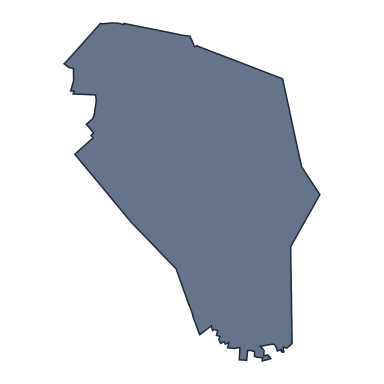 outline of Tlahualilo, Durango, Mexico
{"feature_id": "50627088B18924906437301", "entity_name": "Tlahualilo", "entity_type": "district", "adm_level": 2, "iso_a3": "MEX", "parent_name": "Mexico", "parent_adm1": "Durango", "projection": "albers", "projection_center": [-103.583, 26.292], "detail": "fine", "context": "isolated", "style": "filled", "palette": "slate", "viewbox_px": 384, "rotation_deg": 0, "n_neighbors": 0, "source": "geoboundaries", "source_scale": "gbopen_adm2", "svg_char_len": 2738}
<svg xmlns="http://www.w3.org/2000/svg" viewBox="0 0 384 384"><path d="M176.6,34.0L131.3,24.9L123.8,23.4L123.8,24.7L123.0,24.5L122.1,24.2L121.2,23.9L117.3,23.1L111.0,23.0L102.1,23.8L100.6,23.3L97.1,27.2L69.8,57.7L66.9,61.0L64.1,63.8L68.9,67.5L73.4,68.5L73.6,80.5L71.8,87.1L70.6,91.0L74.1,91.2L73.1,94.0L78.4,94.2L90.7,94.7L95.5,94.9L96.3,100.7L94.2,114.7L93.8,115.9L92.6,118.8L90.9,120.3L87.9,122.9L86.4,124.3L87.8,125.9L93.6,133.0L91.0,135.3L93.1,137.9L90.2,140.4L75.0,154.1L74.8,154.2L82.7,163.8L85.2,166.8L93.3,176.5L95.9,179.6L106.4,192.3L116.8,204.9L128.7,219.3L130.9,221.9L132.3,223.4L134.5,225.7L137.8,229.1L150.1,241.8L153.4,245.2L157.3,249.3L157.8,249.8L159.3,251.4L161.6,253.8L162.1,254.4L162.4,254.7L163.5,255.9L163.9,256.2L166.2,258.6L167.3,259.8L169.9,262.4L172.9,265.5L174.5,267.2L175.4,268.1L175.8,268.5L176.1,268.8L179.0,277.1L187.5,300.7L187.4,300.7L188.9,305.0L189.2,304.9L190.3,308.0L192.6,314.2L192.8,315.1L192.5,315.2L194.7,321.4L196.1,324.8L196.7,326.5L197.2,328.0L197.4,328.4L197.5,329.1L198.5,331.8L198.8,332.7L199.0,332.5L199.2,333.0L199.3,333.2L199.8,334.7L200.6,334.1L200.9,333.9L201.0,333.8L201.5,333.4L203.5,331.9L211.2,325.9L211.5,327.1L212.6,330.6L214.2,329.3L214.1,329.5L214.8,329.7L215.4,329.9L217.7,330.6L216.4,335.4L219.7,336.3L220.0,336.4L219.3,338.4L219.2,338.6L219.0,339.3L218.8,339.6L219.2,340.3L220.4,343.0L220.6,343.4L224.2,341.6L224.8,343.0L225.3,344.2L228.8,342.6L227.6,347.7L231.3,348.2L234.2,348.5L235.9,348.3L237.2,347.9L237.8,347.7L239.9,347.6L239.3,359.8L243.6,360.1L246.7,360.3L247.6,350.6L248.1,350.6L250.2,350.4L254.7,351.7L254.4,356.3L257.7,357.3L262.5,357.7L262.2,361.0L265.1,360.2L266.7,359.8L270.9,358.6L269.9,357.3L267.8,354.9L263.7,355.9L264.1,350.7L262.3,348.3L262.0,348.3L260.2,346.2L262.8,346.0L263.9,345.8L267.5,345.0L270.1,344.6L272.3,344.2L272.5,344.2L272.8,344.2L272.9,344.3L273.1,344.3L273.4,344.3L273.5,344.4L273.8,344.3L274.0,344.3L274.3,344.6L274.5,344.8L274.8,345.0L275.2,345.5L275.5,345.7L275.7,346.0L276.5,348.4L277.3,351.0L281.3,349.6L281.3,351.5L281.7,351.6L282.2,351.6L282.3,352.0L282.3,352.3L282.7,352.2L283.9,352.1L283.9,351.2L283.3,350.5L283.4,349.0L283.4,347.9L283.4,347.4L283.5,347.1L286.3,348.0L287.0,348.1L289.9,345.5L292.1,343.5L292.1,341.1L292.0,338.8L292.0,335.1L291.9,331.2L291.9,328.9L291.8,324.4L291.8,321.0L291.7,316.7L291.6,312.8L291.6,311.1L291.4,293.5L291.3,292.1L291.2,285.2L291.2,284.1L291.2,281.7L290.9,264.0L290.7,246.6L297.1,235.2L308.6,214.7L313.7,205.7L319.9,194.6L319.2,193.6L301.5,166.6L301.3,165.3L300.4,161.2L297.7,148.9L295.2,137.4L286.4,96.3L282.6,78.8L269.0,73.6L245.5,64.5L206.2,49.5L200.1,47.1L196.9,45.9L196.9,45.6L194.6,46.8L190.0,36.1L186.7,35.8L182.2,35.3L176.6,34.0Z" fill="#64748b" stroke="#1e293b" stroke-width="1.5"/></svg>